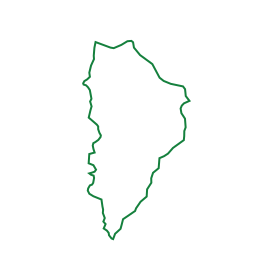 Ouanda-Djallé, Vakaga, Central African Republic (Natural Earth projection), rotated 242°
{"feature_id": "33826404B28698929649290", "entity_name": "Ouanda-Djallé", "entity_type": "district", "adm_level": 2, "iso_a3": "CAF", "parent_name": "Central African Republic", "parent_adm1": "Vakaga", "projection": "natural_earth1", "projection_center": [22.364, 9.073], "detail": "fine", "context": "isolated", "style": "outline", "palette": "green", "viewbox_px": 256, "rotation_deg": 242, "n_neighbors": 0, "source": "geoboundaries", "source_scale": "gbopen_adm2", "svg_char_len": 1361}
<svg xmlns="http://www.w3.org/2000/svg" viewBox="0 0 256 256"><g transform="rotate(242 128 128)"><path d="M36.9,62.7L40.7,67.0L41.1,68.7L42.5,74.1L45.9,77.3L49.8,80.8L51.4,95.3L53.3,97.4L57.0,104.5L58.7,112.3L64.9,116.1L68.7,122.9L72.7,124.9L76.7,129.1L78.1,136.2L86.6,141.6L86.2,146.6L86.6,151.3L89.3,158.4L91.1,171.6L94.4,173.8L98.9,176.3L101.5,179.2L109.5,182.7L116.0,182.1L120.5,183.6L122.5,186.0L123.5,189.0L123.1,195.0L129.1,194.0L132.0,195.2L135.5,196.6L138.9,196.1L146.9,186.5L152.8,181.6L157.6,179.5L173.0,179.5L186.7,172.9L196.2,171.0L201.3,172.7L203.3,171.9L204.9,168.2L204.5,161.1L205.2,152.9L207.2,150.3L219.1,139.7L214.6,136.0L207.9,131.7L204.8,130.3L200.5,124.7L195.0,119.8L191.1,118.4L190.1,114.8L189.9,111.5L188.5,109.4L187.2,109.2L185.4,111.0L182.8,111.8L179.4,112.1L172.7,110.0L170.9,109.4L169.2,107.0L164.2,106.0L161.3,103.2L155.6,98.2L145.5,102.1L143.4,102.4L140.9,101.1L137.1,100.5L134.3,100.6L132.9,99.5L131.4,96.2L130.9,92.5L130.9,90.3L129.0,88.6L125.5,87.6L122.0,87.0L123.2,81.6L115.3,76.7L111.4,80.0L106.2,80.2L105.1,78.0L105.5,75.3L106.1,72.5L104.1,73.4L102.1,75.3L99.8,74.6L95.9,71.5L94.9,69.7L95.2,67.4L93.3,64.4L91.6,63.1L88.1,63.0L84.0,65.4L77.3,71.0L70.7,68.6L67.6,67.7L64.8,65.9L59.4,65.2L56.9,62.3L53.7,63.1L50.7,59.4L47.3,61.2L44.5,61.7L42.2,60.9L38.2,61.6L36.9,62.7Z" fill="none" stroke="#15803d" stroke-width="2"/></g></svg>